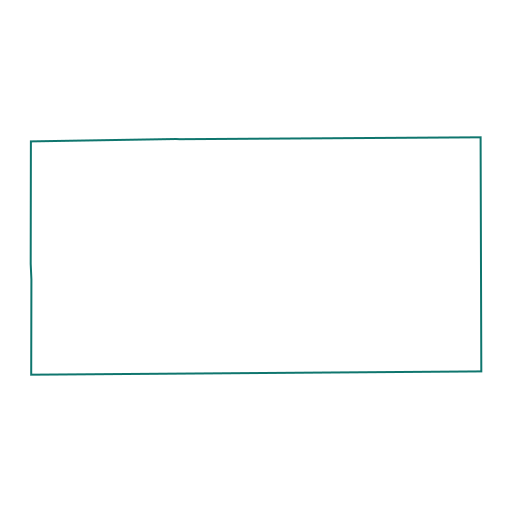 the district of Schleicher, Texas, United States of America
{"feature_id": "52423323B17811041209466", "entity_name": "Schleicher", "entity_type": "district", "adm_level": 2, "iso_a3": "USA", "parent_name": "United States of America", "parent_adm1": "Texas", "projection": "albers", "projection_center": [-100.712, 30.897], "detail": "fine", "context": "isolated", "style": "outline", "palette": "teal", "viewbox_px": 512, "rotation_deg": 0, "n_neighbors": 0, "source": "geoboundaries", "source_scale": "gbopen_adm2", "svg_char_len": 230}
<svg xmlns="http://www.w3.org/2000/svg" viewBox="0 0 512 512"><path d="M30.9,141.4L30.7,263.8L31.4,279.5L31.2,374.7L481.3,371.4L480.6,137.3L179.6,139.2L176.0,139.0L30.9,141.4Z" fill="none" stroke="#0f766e" stroke-width="2"/></svg>